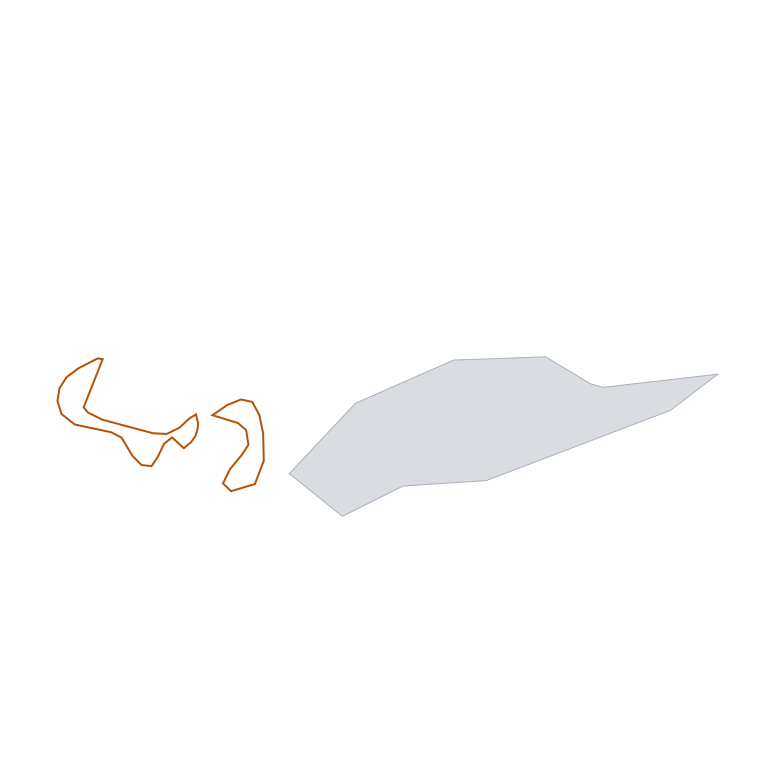 Koror on a map of Palau (Natural Earth projection), rotated 61°
{"feature_id": "PLW-5249", "entity_name": "Koror", "entity_type": "state/province", "adm_level": 1, "iso_a3": "PLW", "parent_name": "Palau", "parent_adm1": "", "projection": "natural_earth1", "projection_center": [134.442, 7.291], "detail": "fine", "context": "in_parent", "style": "outline", "palette": "amber", "viewbox_px": 768, "rotation_deg": 61, "n_neighbors": 0, "source": "natural_earth", "source_scale": "10m", "svg_char_len": 923}
<svg xmlns="http://www.w3.org/2000/svg" viewBox="0 0 768 768"><g transform="rotate(61 384 384)"><path d="M479.5,484.6L416.5,510.3L387.0,418.3L396.8,311.6L438.5,229.6L483.9,203.3L493.2,193.9L537.2,87.4L545.9,146.2L518.1,341.1L482.4,416.9L479.5,484.6Z" fill="#d9dde1" stroke="#a8b0b8" stroke-width="1"/><path d="M343.1,590.2L327.9,595.3L329.7,605.4L338.0,617.1L343.1,627.1L337.3,635.4L324.7,638.9L303.8,639.5L294.0,645.9L269.5,674.1L254.0,680.6L240.5,677.8L230.4,669.9L224.1,658.2L222.1,643.6L222.8,622.0L225.9,618.0L258.8,658.0L265.4,656.8L278.6,647.7L315.1,609.9L322.3,598.4L323.1,584.2L319.8,571.0L319.4,563.2L328.1,565.5L333.7,569.4L338.0,574.1L341.3,580.7L343.1,590.2ZM350.8,508.1L368.7,513.7L392.9,526.4L408.9,545.4L403.6,569.7L392.9,573.0L383.9,560.1L377.0,542.6L371.4,532.0L357.5,526.9L347.4,530.6L328.1,549.2L326.4,531.3L328.2,516.6L335.8,507.9L350.8,508.1Z" fill="none" stroke="#b45309" stroke-width="2"/></g></svg>